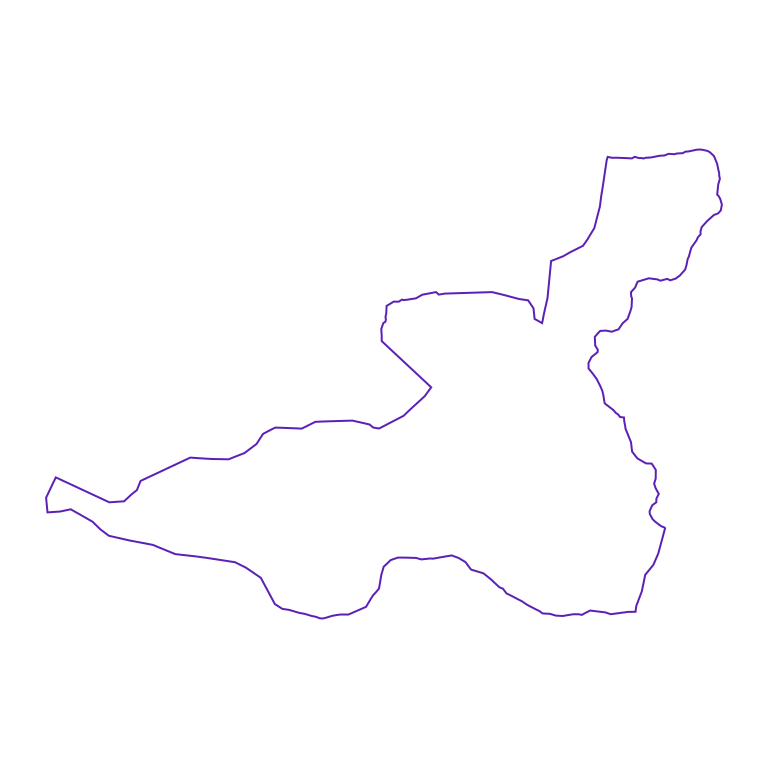 the district of Lafia, Nassarawa, Nigeria
{"feature_id": "59680162B86357482908219", "entity_name": "Lafia", "entity_type": "district", "adm_level": 2, "iso_a3": "NGA", "parent_name": "Nigeria", "parent_adm1": "Nassarawa", "projection": "albers", "projection_center": [8.783, 8.712], "detail": "fine", "context": "isolated", "style": "outline", "palette": "violet", "viewbox_px": 768, "rotation_deg": 0, "n_neighbors": 0, "source": "geoboundaries", "source_scale": "gbopen_adm2", "svg_char_len": 4283}
<svg xmlns="http://www.w3.org/2000/svg" viewBox="0 0 768 768"><path d="M108.9,535.8L129.2,540.4L152.9,544.9L162.3,548.8L175.2,554.1L196.7,556.5L204.5,557.6L204.9,557.6L235.0,562.2L246.0,567.7L260.8,577.8L274.9,604.1L282.4,608.9L289.2,609.9L299.6,613.0L304.5,613.8L311.8,616.0L315.9,616.8L319.8,618.3L322.7,618.5L326.1,617.7L332.3,615.8L333.2,615.6L333.6,615.6L336.3,615.1L340.4,614.5L343.1,614.5L348.5,614.5L353.4,612.4L356.6,611.0L360.0,609.5L366.1,606.8L368.2,603.2L371.4,597.9L372.9,595.5L374.4,593.9L376.3,591.8L379.0,588.6L379.1,588.0L379.3,586.9L380.2,581.6L381.2,575.4L381.8,573.2L383.7,566.7L386.7,563.9L390.6,560.1L394.7,558.7L397.8,557.6L400.2,557.6L402.5,557.6L404.2,557.6L406.9,557.7L408.5,557.7L411.0,557.8L415.9,557.9L421.3,559.4L427.2,558.8L429.8,558.5L431.0,558.5L432.9,558.7L436.7,558.0L442.4,557.0L445.1,556.5L447.7,556.1L449.4,555.8L451.6,555.4L455.4,556.8L458.5,557.9L461.3,559.6L465.4,562.0L466.5,563.4L466.8,563.8L467.0,564.2L468.2,565.8L471.1,569.6L476.1,571.1L483.4,573.3L486.3,575.6L490.6,579.1L491.9,580.2L494.0,582.3L495.7,583.8L499.3,587.2L502.9,588.7L506.5,593.4L510.0,595.1L519.8,600.2L522.1,601.4L523.4,602.3L527.5,605.0L530.9,606.8L534.8,608.8L539.6,611.2L542.5,613.4L545.1,613.6L547.7,613.7L549.7,613.8L551.2,614.2L555.8,615.6L562.7,616.0L564.9,615.6L567.4,615.2L569.9,614.8L573.5,614.2L575.9,614.3L578.4,614.2L581.9,614.9L583.6,613.9L590.2,610.5L595.5,611.2L598.8,611.6L601.3,611.9L602.8,612.1L605.0,612.3L610.7,614.2L614.6,613.7L616.8,613.4L619.4,613.1L621.0,612.8L625.3,612.3L627.7,611.9L629.5,611.9L632.9,611.8L635.5,611.8L636.3,605.9L641.8,591.4L645.2,574.9L653.4,564.8L658.2,553.7L665.1,528.2L664.2,527.4L661.2,526.2L659.4,524.9L655.2,521.7L652.6,519.2L649.8,514.0L649.6,511.2L652.2,505.3L656.3,502.3L656.4,498.6L657.8,495.8L658.8,493.9L658.0,492.5L655.7,488.3L655.1,486.6L654.1,483.7L655.7,478.6L655.8,470.0L653.7,466.6L651.7,463.6L646.0,463.4L641.7,460.9L637.4,458.4L632.1,451.6L631.0,442.2L629.3,438.0L627.2,432.8L625.5,428.7L625.2,426.1L624.6,423.1L624.2,420.9L624.0,417.5L620.0,417.0L618.1,414.4L615.9,413.0L613.3,410.0L610.3,407.7L609.0,406.7L608.8,406.5L604.7,403.4L603.1,394.0L602.3,390.8L600.0,385.5L596.5,378.7L592.1,372.8L588.6,368.6L588.5,363.0L591.5,357.1L593.9,355.1L595.0,354.3L597.6,352.1L597.8,349.8L595.2,345.5L594.8,336.9L597.2,334.1L600.2,330.9L605.9,330.6L608.5,331.1L612.0,331.7L615.8,330.2L618.5,329.4L622.6,323.3L627.6,318.9L630.5,310.8L631.6,306.9L631.9,300.6L632.0,298.4L631.2,296.4L631.0,292.1L635.1,287.6L636.3,284.7L637.6,281.7L643.2,280.0L648.8,278.3L657.4,279.4L660.3,280.7L664.9,279.5L667.3,278.9L670.2,280.3L675.7,278.6L679.9,275.5L681.2,274.0L685.2,269.5L686.5,265.1L687.6,259.3L688.9,256.4L691.3,247.7L696.6,240.2L697.9,237.3L700.6,234.3L700.5,231.4L701.7,227.1L707.1,221.1L713.9,215.0L718.1,213.4L720.8,210.4L721.9,204.6L720.2,198.9L718.7,196.1L717.2,194.7L718.2,184.6L719.9,178.7L719.2,175.7L719.2,173.1L718.7,171.3L717.1,163.7L714.0,156.1L712.1,154.3L709.6,152.0L707.7,151.1L706.7,150.7L704.3,150.2L700.9,149.5L696.7,149.7L688.3,151.5L685.5,151.6L682.7,153.2L679.9,153.3L676.9,153.5L674.4,154.2L671.1,154.0L668.6,153.8L666.9,154.5L664.4,155.5L662.5,155.6L660.1,155.7L655.8,156.5L651.4,157.4L648.9,157.6L645.5,157.8L643.5,158.5L641.2,158.0L639.0,158.1L634.7,156.8L631.9,158.4L626.0,158.1L616.3,157.7L612.1,157.8L607.7,156.9L606.7,160.1L602.6,187.8L601.2,196.2L599.9,206.5L594.3,228.1L587.2,239.8L583.0,245.8L570.4,252.1L563.1,256.3L551.1,261.0L547.5,298.1L544.3,312.1L542.1,323.1L534.6,318.9L533.5,308.3L528.1,300.3L519.0,299.0L504.0,295.0L492.1,292.1L444.7,293.6L438.8,294.6L436.1,292.1L428.2,293.6L422.3,294.7L416.0,298.3L407.8,299.6L403.7,300.1L402.1,299.6L398.6,301.7L393.7,301.6L386.6,305.9L386.2,314.1L385.5,316.6L385.9,319.9L385.3,321.8L383.3,323.1L381.3,329.0L381.7,335.7L381.7,341.1L431.2,387.3L424.8,396.1L410.5,409.2L403.6,415.8L379.1,428.5L373.1,427.5L369.6,424.5L360.4,422.4L352.4,420.6L328.8,421.3L315.4,421.8L301.8,428.6L284.9,427.9L275.2,427.6L270.2,430.1L263.0,433.9L256.6,443.9L244.4,453.1L239.8,454.9L238.2,455.5L228.6,459.3L212.5,459.0L204.9,458.6L190.3,457.6L140.6,480.9L136.9,490.1L131.6,494.3L124.1,501.3L109.3,502.3L55.8,477.4L53.3,482.6L46.1,497.7L47.5,512.4L60.3,511.5L70.7,509.3L80.8,515.0L92.5,521.7L100.4,529.4L108.9,535.8Z" fill="none" stroke="#5b21b6" stroke-width="2"/></svg>